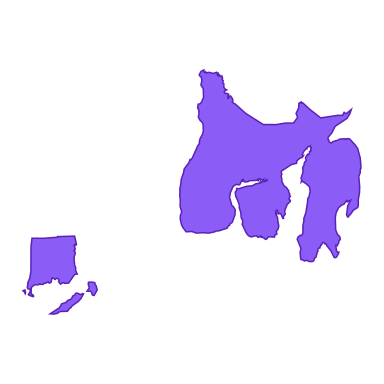 Buton Tengah, Sulawesi Tenggara, Indonesia (Equal Earth projection)
{"feature_id": "22746128B6718763508294", "entity_name": "Buton Tengah", "entity_type": "district", "adm_level": 2, "iso_a3": "IDN", "parent_name": "Indonesia", "parent_adm1": "Sulawesi Tenggara", "projection": "equal_earth", "projection_center": [122.47, -5.333], "detail": "fine", "context": "isolated", "style": "filled", "palette": "violet", "viewbox_px": 384, "rotation_deg": 0, "n_neighbors": 0, "source": "geoboundaries", "source_scale": "gbopen_adm2", "svg_char_len": 5977}
<svg xmlns="http://www.w3.org/2000/svg" viewBox="0 0 384 384"><path d="M203.9,69.9L201.1,71.3L199.3,74.5L199.4,75.6L201.2,77.1L201.7,79.4L201.8,81.0L200.9,85.0L203.3,88.8L203.5,98.5L202.5,99.2L202.0,101.4L200.2,103.7L198.2,104.2L197.6,107.9L198.8,110.1L199.0,114.2L198.3,116.5L198.8,118.2L200.5,121.0L201.4,121.4L202.6,123.1L203.1,124.4L203.3,131.4L202.2,134.8L200.0,138.8L199.2,142.5L199.5,143.5L197.7,145.9L192.3,158.0L190.8,159.8L190.1,159.4L188.9,162.7L184.2,168.9L183.5,172.8L181.1,179.8L180.8,184.2L179.9,188.3L179.8,196.4L180.3,199.7L180.1,206.3L181.7,211.8L180.3,215.9L180.3,219.5L181.6,225.0L183.0,227.7L186.1,231.8L192.0,231.5L196.1,233.1L203.0,232.7L208.6,233.1L214.2,232.0L215.9,231.1L219.1,230.8L227.1,228.2L228.4,226.0L229.6,225.2L230.1,223.8L232.2,222.4L235.0,214.8L235.2,209.7L233.3,206.5L232.3,206.1L231.6,204.7L229.6,197.3L230.3,192.9L232.8,187.1L233.9,185.8L236.3,184.4L239.1,184.9L239.9,184.4L241.2,181.4L242.3,181.3L242.1,179.8L242.5,179.4L243.4,179.6L243.9,181.4L244.8,182.0L248.0,181.7L249.4,180.7L255.3,180.5L257.9,179.3L257.2,180.4L258.2,180.8L258.7,179.8L260.1,179.0L260.6,180.0L261.4,179.5L262.4,180.2L263.3,179.6L262.9,180.4L263.6,180.7L266.1,180.3L266.9,179.5L267.1,179.8L266.7,179.8L266.2,181.2L262.0,182.0L260.5,181.5L259.9,182.2L260.4,183.0L255.7,183.8L252.4,185.7L246.6,186.3L239.0,188.7L236.8,188.4L235.9,191.8L235.3,192.0L235.3,193.1L235.9,196.8L237.4,199.7L239.3,205.0L239.3,207.8L240.8,212.7L241.2,217.7L242.7,220.6L242.7,222.7L242.1,224.1L245.9,232.3L247.5,234.7L249.4,236.3L251.3,236.9L256.2,235.7L258.6,237.8L258.3,237.2L258.6,236.6L260.7,237.0L260.4,236.4L260.7,235.9L261.9,236.8L262.0,237.4L262.8,237.3L265.7,239.4L267.1,238.7L267.8,237.3L269.1,236.8L274.5,237.1L275.0,235.1L276.9,234.0L276.3,231.5L278.1,229.0L278.8,226.2L277.6,219.6L277.7,217.9L276.6,215.5L276.9,213.3L276.6,212.9L276.5,215.5L275.6,213.5L276.1,210.4L277.1,210.1L278.9,213.9L280.8,213.6L282.8,218.4L283.5,218.4L283.2,216.9L285.3,214.1L284.6,211.0L287.3,204.3L290.0,201.8L290.4,200.5L289.1,199.2L289.4,197.7L290.4,196.2L289.6,195.7L289.5,194.4L289.8,193.8L288.5,192.3L288.8,191.3L288.5,190.5L286.3,187.4L284.1,185.9L281.9,181.6L281.9,179.4L281.1,175.9L281.9,174.4L281.2,172.3L281.5,171.1L291.5,164.5L296.5,163.3L296.8,160.9L300.2,158.0L302.3,157.5L303.5,155.4L302.6,155.6L302.3,154.3L304.3,150.7L306.7,148.3L307.0,148.6L307.6,147.0L310.2,145.9L310.0,146.6L310.4,147.3L311.4,147.5L310.7,149.0L311.0,150.2L310.0,150.7L310.6,150.7L310.6,151.2L309.5,151.6L309.5,153.2L308.9,154.4L308.0,154.2L307.7,155.1L307.3,154.8L305.8,156.9L305.5,158.2L306.3,160.3L304.8,161.9L304.1,163.7L304.1,164.9L302.6,167.9L303.1,171.7L301.0,178.4L301.7,179.5L301.3,181.9L301.7,181.4L302.8,181.5L306.8,184.3L309.6,187.0L310.1,191.4L309.0,196.8L308.1,197.8L307.6,199.5L307.7,200.9L305.9,212.5L303.8,218.6L303.9,220.7L302.9,225.6L302.9,233.2L301.5,235.5L300.0,235.4L298.1,237.0L297.2,239.2L301.0,248.6L300.1,252.2L300.7,259.0L301.1,259.6L302.8,259.9L304.4,261.0L306.6,260.3L309.3,261.6L312.2,261.6L313.4,261.0L314.0,260.3L314.3,258.5L315.9,257.3L317.4,251.9L317.9,251.2L317.9,249.0L319.0,247.9L319.5,248.0L319.6,248.7L320.5,245.6L321.2,244.6L321.5,244.8L322.8,242.4L324.8,242.9L325.0,244.0L325.6,243.8L326.7,245.0L326.7,245.5L330.9,250.9L334.2,257.5L335.3,257.7L336.6,257.0L338.8,253.0L338.8,252.0L337.6,252.2L336.5,250.8L335.8,245.2L337.4,245.7L337.7,244.1L338.6,243.3L338.7,241.8L339.4,240.1L340.1,239.7L340.4,240.3L339.9,236.9L337.3,234.1L335.7,229.9L335.3,217.7L336.1,212.8L338.6,207.7L341.5,205.2L343.8,204.3L346.8,200.4L347.6,200.8L347.5,201.7L350.6,200.3L347.7,205.8L346.6,214.9L347.5,216.9L348.5,216.9L348.9,215.5L350.2,214.7L353.5,210.1L357.6,207.6L358.3,205.6L358.3,199.7L359.5,192.8L359.7,186.6L358.8,176.4L360.2,172.8L360.3,169.7L361.0,168.2L360.8,164.4L360.2,157.8L357.7,148.6L355.2,145.0L350.1,139.4L349.1,138.7L346.8,138.6L346.0,139.5L344.7,138.7L339.5,139.1L338.5,140.0L332.9,141.6L331.5,143.0L329.0,141.9L328.8,140.0L328.2,139.8L328.0,137.5L331.7,133.1L334.7,127.1L335.8,125.9L347.0,118.4L349.8,113.9L351.3,109.5L346.9,113.2L345.6,113.5L344.1,112.4L342.5,115.4L338.0,115.3L320.7,117.9L309.6,109.2L302.7,102.8L301.3,103.1L301.2,102.0L298.9,103.3L298.7,107.8L296.1,113.4L297.6,117.4L293.4,123.1L285.1,123.1L276.1,124.6L263.2,124.5L245.7,113.4L235.1,103.9L233.8,103.4L232.4,102.1L232.9,100.7L232.5,98.7L230.6,96.0L229.0,96.1L228.6,98.4L227.7,98.1L227.9,96.0L228.7,94.3L226.7,93.3L225.3,93.5L224.2,92.1L224.7,91.0L226.7,89.9L225.1,89.0L223.9,87.4L223.8,83.7L222.7,82.7L223.2,80.6L222.1,79.6L222.6,78.3L221.9,75.9L220.7,76.5L219.3,74.6L218.8,74.7L218.7,76.0L218.2,75.9L217.4,74.8L218.1,74.4L218.0,72.9L216.9,73.3L216.5,72.3L213.3,73.4L208.8,72.3L206.3,72.9L205.7,71.8L205.2,72.6L204.1,72.1L203.9,69.9ZM27.9,282.4L27.3,287.7L28.0,288.9L30.0,289.1L30.4,289.9L29.9,292.4L28.3,294.5L28.8,295.1L32.8,296.6L33.5,296.5L33.4,295.3L31.7,294.3L31.1,292.6L31.3,288.2L31.9,286.8L34.7,284.8L38.7,284.8L39.7,283.8L41.1,284.5L43.2,284.3L44.3,283.1L45.6,283.2L48.3,281.9L49.2,283.1L49.8,283.0L51.1,282.3L52.0,278.1L53.2,278.1L54.9,279.4L55.5,279.4L56.0,278.4L57.9,278.6L58.7,279.2L58.9,280.7L58.5,281.5L60.4,284.1L63.3,282.6L64.7,283.3L68.6,283.1L74.2,275.0L75.6,274.1L77.2,274.1L75.6,270.2L75.7,267.7L74.7,265.4L74.1,259.5L74.2,256.7L75.3,253.4L74.8,251.4L74.0,251.1L74.0,250.5L75.3,249.3L74.2,245.3L74.8,244.4L75.8,245.3L76.5,244.4L74.6,236.1L57.7,236.6L57.7,237.2L43.4,238.3L32.0,238.2L31.0,246.4L30.9,271.3L29.7,278.4L27.9,282.4ZM80.7,294.6L77.3,293.1L75.6,293.3L75.0,294.8L72.6,296.2L71.7,298.4L70.4,299.5L68.0,300.2L65.6,302.6L61.7,303.8L59.5,307.7L50.1,313.8L54.0,314.1L57.9,313.2L58.6,312.2L60.5,311.5L67.2,311.3L68.3,310.4L69.2,308.6L70.7,307.9L72.2,305.8L78.1,301.6L81.0,298.5L83.5,293.9L82.5,293.5L80.7,294.6ZM92.2,282.1L88.5,282.2L88.2,284.2L89.3,287.9L87.0,291.2L90.5,291.2L91.6,292.5L92.3,295.0L94.1,295.5L97.2,290.0L96.2,285.9L95.1,284.4L94.8,282.7L92.2,282.1ZM24.9,289.9L23.0,290.8L24.4,291.9L25.2,293.7L25.6,292.6L24.9,289.9Z" fill="#8b5cf6" stroke="#5b21b6" stroke-width="1.5"/></svg>